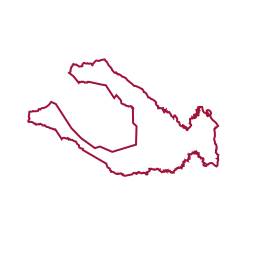 the district of Natá, Coclé, Panama, rotated 323°
{"feature_id": "35544464B34779473724765", "entity_name": "Natá", "entity_type": "district", "adm_level": 2, "iso_a3": "PAN", "parent_name": "Panama", "parent_adm1": "Coclé", "projection": "equal_earth", "projection_center": [-80.564, 8.407], "detail": "fine", "context": "isolated", "style": "outline", "palette": "rose", "viewbox_px": 256, "rotation_deg": 323, "n_neighbors": 0, "source": "geoboundaries", "source_scale": "gbopen_adm2", "svg_char_len": 5965}
<svg xmlns="http://www.w3.org/2000/svg" viewBox="0 0 256 256"><g transform="rotate(323 128 128)"><path d="M175.0,211.1L175.6,211.5L175.7,211.9L177.0,211.7L179.2,208.9L180.7,208.0L181.0,207.3L180.8,206.3L181.5,206.7L182.1,205.6L183.9,203.9L183.3,202.6L183.6,201.6L183.3,200.5L184.4,199.5L184.7,198.8L185.0,198.5L185.4,198.7L186.7,197.5L186.7,197.0L187.1,196.9L188.2,195.0L188.1,193.5L188.4,193.5L188.4,192.4L189.2,191.2L189.6,189.5L190.3,188.5L192.4,186.9L194.5,184.1L195.7,181.6L196.2,181.5L196.6,180.7L198.1,180.8L198.3,180.3L198.9,180.7L201.2,180.6L201.4,176.7L200.4,172.3L200.4,170.1L201.1,167.6L203.3,166.1L203.8,164.1L202.8,161.8L201.3,161.5L200.7,162.3L200.7,164.6L200.5,165.8L199.7,166.7L198.8,166.6L198.6,165.7L199.3,164.3L199.3,163.6L198.2,161.6L198.0,159.9L199.8,155.7L197.4,153.9L196.5,153.6L196.0,154.2L196.9,154.4L197.0,155.0L195.9,155.2L195.6,157.1L195.2,157.0L194.0,154.7L193.5,154.7L193.1,155.6L194.0,157.0L194.0,158.1L193.4,158.6L192.8,157.0L192.3,157.0L191.9,157.7L192.5,159.5L192.0,160.2L191.5,160.2L190.9,159.7L190.5,157.8L188.8,157.2L188.4,157.7L189.0,159.6L188.6,160.4L188.0,160.3L187.6,158.7L186.8,159.9L185.8,159.4L185.7,158.0L184.7,158.9L183.2,158.0L182.6,158.4L181.4,160.6L180.0,161.5L180.4,163.2L180.0,164.0L176.9,164.7L175.8,164.4L174.4,165.4L174.0,165.3L173.7,164.2L174.8,163.2L174.8,162.1L174.3,161.3L173.2,162.0L172.5,161.3L172.6,160.7L173.8,160.1L173.9,159.4L173.5,158.8L172.9,159.4L172.4,159.3L171.7,158.7L171.2,157.2L171.3,156.1L172.0,155.1L172.3,153.8L171.3,152.9L171.4,152.0L173.1,149.8L172.9,147.7L173.2,146.5L172.6,146.0L172.0,146.7L171.1,146.5L170.4,147.2L170.5,146.1L169.8,144.4L170.4,142.7L170.5,140.0L169.2,139.7L169.4,138.4L168.3,138.1L168.0,137.3L169.1,136.2L168.4,136.2L168.0,135.3L167.7,135.2L167.3,135.6L167.1,136.9L166.4,137.1L166.8,134.4L167.9,133.1L166.6,132.5L165.1,130.8L164.4,130.9L164.0,130.6L164.1,129.9L165.2,128.8L165.1,128.1L164.5,127.3L164.5,126.7L165.1,125.0L165.8,124.7L165.9,123.9L165.2,120.9L163.8,118.3L163.5,116.5L162.5,115.7L163.1,113.2L163.3,111.0L163.1,109.9L162.2,108.9L162.8,107.4L162.8,105.3L162.4,105.0L161.7,103.1L159.3,98.9L158.2,98.1L157.9,95.6L156.2,89.0L156.4,87.3L155.8,86.3L155.6,85.1L154.4,83.7L154.0,81.7L153.1,79.5L152.7,78.9L152.3,79.2L152.0,78.8L151.9,76.4L150.9,76.4L150.4,75.2L150.2,71.6L150.6,71.1L150.7,70.1L150.3,65.9L150.9,62.4L150.5,61.2L150.6,59.1L147.2,57.4L145.4,57.2L143.7,55.4L142.7,54.9L138.2,55.8L137.4,56.5L137.2,56.1L137.5,54.9L137.4,54.5L136.7,53.8L135.3,53.0L134.6,51.9L133.7,51.7L131.9,49.4L129.9,49.8L128.7,51.1L126.3,49.8L125.8,49.2L124.9,46.2L123.8,45.6L122.9,44.1L122.3,44.6L121.4,44.5L120.7,45.1L119.6,45.2L117.8,46.4L115.8,48.5L114.1,48.5L115.6,54.0L115.8,62.3L116.8,61.8L117.3,62.7L118.9,63.0L119.2,63.7L120.4,64.4L120.8,65.8L122.4,66.7L122.5,67.0L123.4,66.8L123.8,67.4L124.5,67.5L132.8,77.2L136.0,80.5L135.0,95.8L138.5,94.8L139.0,101.5L137.6,104.4L139.0,107.0L139.6,107.4L139.9,109.2L141.2,110.4L141.5,111.3L143.2,112.1L143.4,112.9L143.9,113.1L144.1,114.4L143.4,114.6L143.8,115.6L143.4,115.7L135.1,127.0L135.9,131.7L124.4,146.1L101.1,137.6L94.4,125.9L89.5,124.2L84.4,107.7L82.7,93.9L84.8,65.4L82.3,60.9L79.0,61.9L75.5,62.0L73.3,61.5L70.8,60.2L68.9,60.4L68.2,59.2L66.2,60.2L63.6,58.6L62.3,57.2L61.4,57.2L59.0,55.7L55.4,59.5L55.0,61.3L52.7,62.3L52.2,62.8L53.0,64.1L54.1,64.5L55.2,65.9L55.9,68.4L56.8,68.8L56.5,69.8L56.8,70.1L58.2,70.9L58.9,71.0L59.3,71.7L60.5,71.8L61.4,73.8L61.4,74.7L62.1,75.3L63.1,75.5L63.6,78.0L65.2,79.8L65.7,81.4L66.3,81.7L67.3,83.5L67.8,83.6L68.4,85.3L69.1,85.4L68.4,97.0L69.3,96.6L70.9,97.2L72.6,99.5L73.8,99.7L74.1,100.4L73.6,101.1L73.6,101.6L74.7,101.8L75.0,102.9L76.4,104.1L76.9,105.8L78.3,107.7L77.8,110.1L78.4,112.3L77.4,114.0L77.9,115.5L79.4,117.4L78.7,118.4L89.2,143.4L88.1,146.5L88.3,148.2L89.0,149.1L88.3,151.0L88.5,151.2L88.3,151.7L88.6,152.1L88.2,152.9L89.5,153.8L90.3,155.5L90.4,156.3L91.3,157.9L91.8,158.3L92.5,158.2L92.7,158.9L95.1,160.0L95.1,160.4L95.9,161.5L95.4,161.7L95.6,162.1L95.4,162.6L96.3,163.4L96.5,164.2L103.3,167.5L105.4,167.2L106.2,168.2L107.1,168.5L107.0,168.9L107.5,169.1L107.3,169.7L108.6,170.0L109.4,169.4L110.2,169.6L110.7,171.1L111.1,171.4L111.2,172.2L113.3,172.9L113.4,173.4L114.6,174.2L114.6,176.0L115.3,176.6L116.0,176.4L116.5,174.7L118.8,175.3L119.8,175.1L120.4,173.5L121.4,174.4L121.7,174.2L123.1,176.2L123.5,176.3L123.7,177.0L124.3,177.0L124.6,177.6L125.6,178.0L126.7,178.0L127.3,178.6L127.4,180.1L128.3,180.3L127.7,181.0L128.4,183.5L129.1,183.5L129.3,184.0L130.2,184.2L130.5,184.8L131.0,184.9L131.2,184.0L131.6,184.6L132.3,184.2L132.8,184.4L132.8,185.5L133.1,185.1L133.3,185.6L133.5,185.2L134.0,185.7L134.3,185.7L134.0,186.2L134.2,186.9L134.8,186.9L135.4,187.6L135.5,187.2L135.8,187.4L135.8,188.0L135.4,188.6L135.6,189.6L136.1,189.6L136.4,190.1L136.6,189.8L137.7,191.1L138.8,190.0L140.0,190.1L140.8,189.5L141.3,190.0L142.4,189.4L142.7,189.5L142.7,189.9L143.3,189.7L144.2,190.3L144.4,189.9L144.8,189.9L145.4,191.0L146.2,191.0L146.6,192.4L147.4,191.9L147.8,190.8L148.4,190.9L148.8,190.4L149.1,190.9L149.0,191.6L149.4,191.8L149.5,191.2L150.1,191.0L150.1,190.3L150.7,190.6L150.8,190.4L150.4,190.1L151.2,189.6L151.3,188.8L152.0,188.3L152.8,189.1L153.2,188.4L154.2,188.5L154.4,188.2L154.6,188.8L155.4,189.1L155.8,189.9L155.9,189.4L156.4,189.7L156.9,189.2L158.6,189.6L158.5,188.3L158.8,188.3L159.5,187.4L159.9,187.6L160.2,186.2L160.4,186.5L160.7,186.2L160.7,186.6L161.1,186.0L161.7,186.1L162.7,187.1L164.0,186.8L164.3,187.1L164.9,186.4L166.0,187.0L165.5,187.9L165.8,188.4L166.7,187.7L167.0,188.5L167.6,187.6L167.9,188.2L167.5,189.3L167.9,189.3L168.4,188.7L168.5,190.0L169.3,190.6L168.6,191.4L168.2,190.5L167.8,190.4L167.7,191.0L168.3,192.4L167.1,192.9L167.0,193.6L168.1,194.4L167.9,196.0L168.7,196.0L168.9,197.4L169.7,197.4L169.8,197.8L168.9,199.0L167.9,199.1L167.4,199.5L167.3,200.9L168.1,201.8L168.1,202.5L166.3,202.5L166.0,202.9L166.0,203.7L167.4,205.4L168.0,205.4L168.9,204.2L169.9,205.4L171.7,205.2L173.4,206.0L174.3,207.3L175.0,211.1Z" fill="none" stroke="#9f1239" stroke-width="2"/></g></svg>